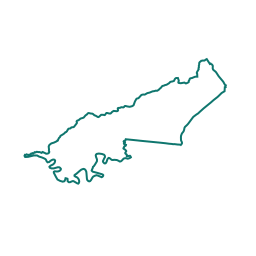 outline of The Hills, New South Wales, Australia, rotated 249°
{"feature_id": "25037944B61801605957585", "entity_name": "The Hills", "entity_type": "district", "adm_level": 2, "iso_a3": "AUS", "parent_name": "Australia", "parent_adm1": "New South Wales", "projection": "equal_earth", "projection_center": [150.977, -33.576], "detail": "fine", "context": "isolated", "style": "outline", "palette": "teal", "viewbox_px": 256, "rotation_deg": 249, "n_neighbors": 0, "source": "geoboundaries", "source_scale": "gbopen_adm2", "svg_char_len": 5801}
<svg xmlns="http://www.w3.org/2000/svg" viewBox="0 0 256 256"><g transform="rotate(249 128 128)"><path d="M127.7,231.3L131.4,233.0L131.2,233.8L132.3,234.1L132.8,234.6L133.5,234.0L137.1,233.5L143.8,231.2L148.5,230.2L149.6,229.7L151.3,228.7L152.0,228.4L152.8,228.4L153.5,228.5L155.5,229.4L156.1,229.4L156.7,229.3L157.4,229.0L158.3,228.1L158.5,228.1L158.4,227.4L164.1,226.2L164.0,225.1L163.6,223.8L163.6,223.5L163.7,223.0L164.2,222.1L164.3,221.1L164.5,220.5L164.2,219.9L163.9,218.8L163.7,218.4L163.3,217.9L163.0,217.7L161.7,217.2L160.7,216.4L159.3,216.0L158.7,215.3L158.5,215.2L157.6,215.1L155.9,213.0L155.2,212.2L154.5,211.9L153.8,212.0L151.1,211.1L151.6,209.8L151.8,208.9L151.8,207.1L151.7,206.0L152.0,204.1L152.0,203.8L151.8,203.3L150.9,202.6L150.3,201.7L149.2,201.2L149.0,200.7L148.9,200.1L148.8,198.5L148.9,198.1L149.1,197.7L149.9,197.2L150.2,196.9L150.9,193.3L151.6,192.0L152.0,191.4L152.3,191.3L152.7,191.4L153.1,191.7L153.8,192.3L154.1,192.4L156.6,192.5L156.6,192.4L157.0,192.0L157.3,191.2L157.4,190.5L157.3,190.1L156.9,189.3L156.4,188.7L155.7,188.1L155.5,187.8L155.5,186.3L155.8,184.9L155.8,183.8L155.1,182.4L154.6,179.7L154.6,179.1L154.8,178.1L154.7,176.7L154.9,175.2L154.6,174.5L153.8,173.2L153.3,171.7L152.7,170.5L152.3,168.7L152.4,168.3L152.9,167.4L153.0,165.8L153.4,164.1L153.4,163.0L153.3,161.0L153.6,158.8L153.6,158.3L153.2,155.9L153.3,155.3L153.8,154.2L154.0,153.1L154.0,152.3L152.2,148.7L152.1,148.2L152.3,147.0L152.1,146.2L150.3,144.0L147.3,141.4L147.1,140.8L146.9,139.6L147.2,137.1L148.5,134.9L149.3,133.8L149.6,133.2L149.6,132.9L149.5,132.5L149.0,131.7L148.9,131.1L149.1,130.6L149.8,129.2L149.8,128.8L149.7,128.0L149.7,127.6L150.2,126.2L150.2,125.9L150.0,125.5L149.6,125.3L148.1,125.1L147.8,124.8L147.6,124.3L147.7,123.5L148.9,121.1L149.1,120.7L148.7,118.9L147.9,117.3L147.8,116.9L147.9,116.5L148.3,115.6L149.5,113.9L149.7,113.3L149.6,112.9L148.5,111.2L148.4,110.9L148.6,110.4L149.2,109.6L149.9,107.7L149.8,107.3L149.1,105.6L148.8,104.6L148.8,104.3L149.0,103.9L149.3,103.6L151.1,102.2L151.9,101.2L153.5,100.4L154.2,99.8L154.8,98.5L155.8,97.1L156.1,96.5L156.1,96.2L156.0,95.6L155.4,94.6L155.0,92.9L153.8,90.7L153.6,90.3L153.6,89.6L153.8,87.0L153.0,84.7L153.0,84.2L153.1,83.4L152.9,82.8L152.7,82.5L152.4,82.3L151.2,82.2L150.8,81.9L150.0,80.6L148.5,78.1L148.4,77.7L148.4,77.1L148.7,76.1L148.8,75.6L148.8,75.2L148.4,74.4L148.3,74.1L148.3,73.7L148.6,72.7L148.6,72.1L148.4,71.7L148.0,71.4L147.7,70.7L146.9,69.9L146.4,68.8L146.4,68.5L146.5,68.0L145.9,66.9L145.5,65.6L145.2,64.1L144.9,62.2L143.9,61.2L143.5,60.1L142.1,58.5L141.5,58.1L141.4,57.9L141.5,57.5L141.3,57.4L141.3,57.0L141.1,56.2L140.9,53.6L141.1,50.9L140.4,48.6L139.8,48.0L139.5,47.6L139.3,47.4L138.0,47.0L136.4,46.6L134.9,45.9L134.1,46.0L133.8,45.9L133.2,45.3L133.0,44.8L132.9,43.9L133.3,42.5L133.5,42.2L134.6,41.3L135.4,40.4L136.2,39.8L136.2,39.5L135.8,38.7L135.8,38.3L136.5,37.7L137.4,36.5L137.5,36.3L137.6,35.6L138.2,34.8L138.5,34.2L138.5,33.9L138.3,33.0L138.4,32.7L138.8,32.4L138.9,32.1L138.5,31.5L138.2,30.6L138.3,30.4L138.8,29.8L138.7,29.2L138.4,28.9L138.8,28.4L138.4,27.5L138.4,26.5L138.2,26.5L137.8,26.7L138.4,25.9L138.3,25.7L138.5,25.4L139.8,23.7L139.3,22.6L139.8,22.1L139.1,21.4L137.8,21.6L136.9,24.3L136.1,30.3L134.9,33.3L133.1,34.8L131.6,36.8L129.9,38.6L128.5,39.8L127.4,40.1L126.1,40.1L124.8,40.6L124.5,42.2L125.0,43.5L125.4,45.1L125.4,46.8L124.7,48.0L123.8,48.3L122.6,47.7L121.5,46.6L120.8,44.8L120.6,42.1L119.9,40.7L118.9,40.8L117.7,42.1L116.9,44.2L116.5,48.5L115.9,49.8L115.0,50.4L113.9,50.7L113.2,50.3L112.5,48.9L112.5,47.2L113.1,45.5L113.8,44.2L113.7,43.1L112.8,42.7L108.3,43.2L105.2,43.7L103.0,45.6L101.3,47.8L101.1,49.5L102.1,50.7L103.5,51.7L103.0,52.5L102.3,53.3L101.1,53.0L100.1,52.6L98.7,53.2L98.2,54.4L98.3,57.1L97.9,58.1L94.5,60.8L93.9,61.6L94.3,62.4L95.3,63.2L96.5,63.5L97.6,63.6L99.0,63.3L100.4,62.6L101.3,61.6L102.4,60.9L103.1,61.1L103.5,62.1L103.7,63.3L105.1,67.1L105.8,69.2L105.9,70.7L105.7,72.0L105.0,72.8L103.8,73.3L102.2,73.4L100.6,73.0L95.5,71.5L94.3,71.3L92.9,71.8L92.1,72.6L92.0,73.6L92.7,74.9L94.6,77.2L95.1,78.2L95.3,79.8L95.2,81.7L94.3,82.9L91.5,85.8L91.6,86.5L91.8,87.1L92.3,87.7L92.9,88.0L93.5,87.8L94.3,87.0L95.6,85.2L96.8,83.7L99.8,79.5L100.5,79.1L101.2,78.8L102.3,79.7L103.0,80.5L103.7,81.0L104.2,81.3L104.6,82.4L105.6,83.9L108.0,87.0L108.8,87.4L109.9,87.8L112.6,87.8L114.1,88.1L114.7,88.7L115.0,89.6L114.6,91.6L113.8,93.1L113.0,94.5L111.6,96.1L110.6,96.4L109.7,96.3L108.9,95.9L108.2,94.9L106.0,92.7L105.1,92.6L103.6,93.2L103.2,93.7L103.1,94.4L103.6,95.3L104.5,96.2L106.1,97.5L106.6,98.2L107.0,99.2L106.5,100.0L104.7,101.0L104.0,101.5L103.5,102.5L103.3,103.6L102.1,106.1L100.6,107.6L99.8,108.1L99.5,108.9L99.5,109.7L99.9,110.8L100.6,112.1L101.0,113.2L100.9,114.2L100.6,115.2L99.4,116.8L99.3,118.8L99.6,120.2L100.5,120.2L101.3,119.9L101.6,119.1L101.9,117.4L102.2,116.8L103.2,117.2L103.6,117.3L103.8,117.2L104.9,116.5L105.3,116.4L105.7,116.5L106.1,116.9L106.8,117.9L107.1,118.1L107.5,118.1L108.9,117.5L110.1,116.6L110.5,116.4L110.9,116.6L111.5,117.5L112.1,117.8L112.2,118.4L112.3,119.5L112.7,119.9L113.0,120.1L114.1,118.9L114.5,118.6L115.0,118.6L115.2,118.8L115.3,119.0L115.2,119.7L115.4,119.9L115.7,120.1L115.9,120.1L116.1,120.0L116.3,119.3L116.4,119.1L117.0,119.1L117.3,119.5L117.4,120.1L117.4,120.9L117.4,121.2L117.7,121.5L118.3,121.9L113.0,132.4L111.7,134.9L102.4,153.5L100.3,157.6L98.6,160.7L97.3,163.4L96.7,164.3L96.4,165.4L94.8,168.4L94.7,168.7L93.5,171.2L93.3,171.3L93.9,172.4L94.5,173.0L95.3,173.2L97.3,173.1L97.9,173.2L100.4,174.1L101.7,174.7L103.4,176.2L103.9,176.9L104.7,178.3L105.2,178.9L106.3,179.8L107.8,180.7L108.6,181.6L109.6,184.1L110.4,185.7L114.4,192.0L115.0,193.0L116.1,196.8L116.4,198.4L116.6,199.0L117.2,200.4L119.2,205.6L122.1,214.4L123.4,217.9L124.9,222.8L125.6,224.5L127.1,227.9L127.5,230.0L127.7,231.3Z" fill="none" stroke="#0f766e" stroke-width="2"/></g></svg>